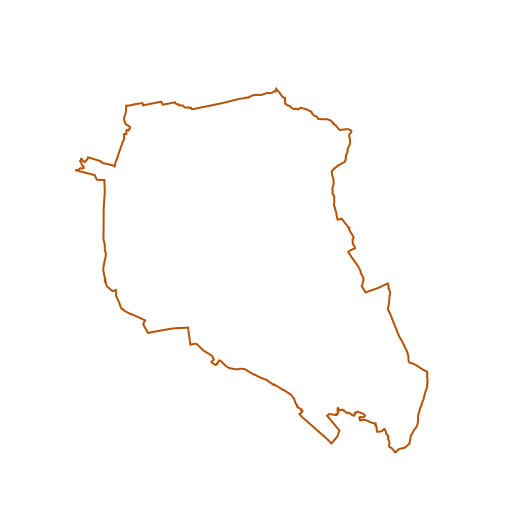 the district of Mironeasa, Iasi, Romania, rotated 192°
{"feature_id": "2599482B12728862677042", "entity_name": "Mironeasa", "entity_type": "district", "adm_level": 2, "iso_a3": "ROU", "parent_name": "Romania", "parent_adm1": "Iasi", "projection": "robinson", "projection_center": [27.412, 46.987], "detail": "fine", "context": "isolated", "style": "outline", "palette": "amber", "viewbox_px": 512, "rotation_deg": 192, "n_neighbors": 0, "source": "geoboundaries", "source_scale": "gbopen_adm2", "svg_char_len": 6071}
<svg xmlns="http://www.w3.org/2000/svg" viewBox="0 0 512 512"><g transform="rotate(192 256 256)"><path d="M320.8,398.5L348.5,386.4L349.7,386.4L350.2,387.1L350.2,387.4L350.7,387.5L352.6,387.0L353.4,387.4L354.7,386.7L356.3,386.5L357.5,387.0L358.6,388.0L362.6,387.4L363.4,388.2L364.8,387.9L366.6,388.6L367.2,389.5L378.6,384.6L380.8,387.2L397.8,379.9L398.8,381.9L405.7,379.4L412.1,376.5L414.2,376.1L413.2,370.1L413.4,366.5L413.8,364.0L413.7,362.9L413.3,361.7L411.2,358.2L410.4,357.7L406.5,356.3L405.6,355.1L406.3,354.0L406.6,352.3L408.8,352.5L408.9,351.6L408.1,348.4L408.3,348.1L410.3,347.9L410.6,347.6L410.1,346.3L409.7,344.4L409.2,343.6L410.1,339.7L411.7,327.5L412.0,323.7L412.9,318.3L412.9,314.2L414.4,314.9L425.2,315.1L426.5,315.5L427.4,316.1L427.4,316.4L439.3,317.5L440.8,317.5L441.0,315.9L441.5,314.7L442.1,314.0L442.2,313.0L443.4,312.4L444.1,312.4L445.3,313.6L447.1,314.8L447.3,314.6L447.3,313.6L447.8,312.1L446.2,310.8L445.2,308.7L443.3,307.8L442.8,306.3L443.0,305.9L443.8,305.5L445.8,305.5L446.9,304.5L447.5,303.0L449.4,302.8L450.7,302.2L449.9,302.4L430.6,301.6L429.3,299.7L427.3,297.5L420.1,298.8L417.3,287.5L414.9,271.0L409.0,242.3L409.1,241.6L406.3,235.7L405.2,230.7L403.5,227.5L403.1,225.6L402.9,223.5L403.2,220.5L402.9,218.6L403.1,217.4L402.6,210.5L401.5,208.5L400.8,206.1L398.7,202.3L398.5,201.5L399.0,201.0L398.7,200.3L397.8,199.9L397.8,199.5L398.1,199.2L397.2,198.4L395.8,195.5L389.0,191.8L387.5,192.5L386.2,193.6L385.3,191.7L384.9,189.0L384.5,187.8L380.2,182.1L378.4,178.9L376.5,176.4L375.1,176.4L374.7,175.8L373.2,175.0L366.6,173.1L366.4,173.4L351.0,170.0L352.1,166.7L351.9,165.6L351.3,164.6L347.6,160.6L346.1,158.6L345.5,158.7L345.0,158.4L344.2,158.7L344.2,159.0L324.0,167.2L318.8,168.9L307.6,171.8L301.8,155.6L297.3,157.6L295.5,157.5L288.4,152.9L279.6,149.7L277.7,148.7L275.7,145.8L277.5,143.5L277.4,142.9L277.0,142.5L272.9,141.0L271.4,142.4L271.8,142.7L270.2,146.3L267.9,145.6L262.9,142.3L259.4,140.9L252.9,140.9L250.0,141.5L248.0,142.5L243.5,143.0L233.5,139.6L232.7,139.7L227.8,138.3L219.1,136.8L218.4,136.1L214.4,134.7L211.9,133.4L211.5,134.1L202.2,130.8L200.3,130.4L194.0,128.0L192.8,127.4L189.1,124.3L186.6,120.1L185.6,119.1L184.7,118.7L184.5,118.2L184.8,117.9L184.5,117.1L183.4,116.5L182.5,116.6L181.9,116.1L179.7,115.7L179.5,115.2L179.8,114.5L178.3,114.1L178.4,113.2L180.6,110.5L178.1,108.5L148.3,91.7L143.2,88.3L139.0,96.2L138.1,102.7L153.2,114.5L152.7,114.9L152.2,116.2L151.9,116.5L150.1,116.8L144.2,117.0L143.9,117.5L144.4,118.3L143.3,118.6L143.0,119.8L143.9,120.8L143.8,121.3L144.1,121.9L144.0,122.1L144.5,123.6L144.3,124.4L143.6,124.1L142.5,122.2L139.5,123.7L138.5,123.2L137.8,123.3L137.3,122.6L134.9,121.9L134.3,121.4L133.9,121.2L132.8,121.8L132.1,121.8L129.9,120.9L129.0,120.8L128.6,120.1L126.7,120.3L126.3,122.2L126.8,122.6L126.8,123.0L126.1,123.6L125.1,123.8L124.6,124.9L118.7,124.0L116.9,123.2L116.1,122.4L117.1,120.9L118.2,120.4L120.6,120.2L121.4,119.5L120.3,117.7L120.3,117.0L119.5,116.7L118.8,117.4L117.3,118.1L114.9,118.2L112.3,118.0L108.7,117.0L107.1,117.0L105.4,116.7L104.3,117.2L103.5,115.4L104.0,115.2L103.9,114.8L102.4,113.7L102.1,113.1L102.2,111.7L101.7,111.1L101.3,109.7L100.7,109.2L96.6,110.7L94.6,113.6L94.4,113.6L92.4,111.2L92.1,110.6L92.0,109.4L90.6,108.5L88.8,106.7L89.1,106.2L88.8,105.2L89.0,104.9L86.6,101.3L86.4,99.8L86.6,98.4L86.2,97.5L85.4,96.8L83.9,96.5L83.3,96.2L80.2,93.9L79.7,93.2L79.0,93.0L78.2,93.4L77.4,95.2L75.7,97.1L71.2,99.1L70.1,100.0L66.9,104.3L67.1,106.1L67.0,109.5L67.2,110.7L67.2,112.0L65.0,119.4L64.6,119.7L63.5,122.1L63.0,125.2L63.1,127.3L64.3,134.2L64.3,136.6L63.7,137.5L64.0,139.0L63.8,141.5L63.1,144.6L63.2,146.5L62.4,150.4L62.3,154.0L62.1,154.5L62.3,155.5L62.2,157.0L61.9,159.2L62.0,159.4L61.6,160.8L61.6,162.7L61.4,162.9L61.3,164.1L62.0,165.0L61.7,167.1L62.5,168.7L62.2,169.5L62.5,171.0L63.2,172.0L63.2,173.0L63.9,174.7L63.8,175.9L64.0,176.6L64.3,176.8L64.1,177.3L64.8,178.0L64.8,178.6L65.7,178.6L69.2,179.6L77.6,182.8L80.8,183.5L82.9,183.4L84.7,184.5L85.6,187.2L85.8,188.9L87.9,193.2L96.2,203.9L99.0,206.7L113.1,227.8L115.7,230.8L116.0,231.8L116.1,237.7L117.0,244.1L117.1,248.2L118.0,249.2L118.3,250.5L118.7,251.2L119.7,251.9L119.8,253.2L121.4,256.6L129.9,250.1L141.3,243.2L146.4,248.6L146.1,250.0L145.9,254.7L146.3,256.7L148.8,259.9L150.1,261.1L150.6,263.0L154.0,267.2L162.3,274.8L166.6,279.1L164.4,281.6L160.8,284.1L161.5,285.8L163.8,287.9L164.6,290.7L164.6,291.7L165.0,292.3L164.8,292.5L164.7,293.2L164.3,293.7L164.9,295.4L170.1,300.7L170.7,302.6L170.6,302.9L171.2,302.9L172.8,304.2L173.9,305.4L174.7,305.8L180.0,310.4L180.5,309.9L183.7,308.5L185.2,311.4L186.7,315.7L187.3,316.6L188.0,317.2L188.3,318.6L188.8,319.7L189.9,321.0L190.5,322.3L190.5,325.1L191.1,326.6L191.5,329.1L192.1,330.9L192.6,331.5L193.2,331.7L193.3,332.4L194.3,333.5L194.5,334.2L194.4,334.7L194.6,335.4L194.5,335.6L195.0,336.4L194.9,337.1L195.3,337.8L195.1,343.0L196.0,346.2L196.6,348.2L197.2,348.7L199.3,353.2L199.1,355.4L197.4,358.4L196.9,358.5L195.1,360.8L194.8,361.4L189.4,365.9L188.6,367.1L188.7,367.6L188.4,368.0L188.2,368.8L188.6,369.5L188.5,370.9L188.8,371.6L188.6,371.9L188.8,372.3L188.6,373.4L188.9,374.3L188.2,375.5L188.2,377.8L188.6,378.8L188.6,379.4L187.9,383.3L187.4,384.5L187.4,385.9L188.3,389.7L189.9,392.5L190.1,393.9L189.9,394.7L188.9,396.1L188.6,397.4L188.6,397.9L189.2,398.5L191.8,399.2L195.1,398.5L199.7,396.8L200.3,396.8L201.6,397.4L205.1,400.1L205.3,400.5L206.4,400.7L208.2,401.6L208.0,402.2L208.2,402.5L210.3,403.4L211.6,404.2L215.2,404.6L218.4,403.7L223.9,403.1L224.8,404.4L225.7,405.0L228.2,405.4L231.4,407.5L231.5,407.8L231.3,408.1L231.6,408.5L237.3,410.0L242.8,410.3L243.6,410.0L245.2,408.1L247.2,408.5L248.3,408.2L248.9,407.5L251.0,408.0L253.1,409.0L253.8,409.7L255.7,410.0L256.4,409.8L258.4,410.9L259.2,411.1L259.8,412.5L259.6,413.6L260.3,415.2L260.5,416.7L261.9,416.7L263.7,417.6L266.5,420.3L270.2,422.9L270.9,423.7L271.2,422.8L271.1,421.5L271.2,421.0L272.6,420.8L273.9,419.3L274.7,418.8L277.3,417.9L278.7,418.0L283.9,414.8L288.8,413.7L292.9,412.3L295.8,410.1L296.6,409.1L298.5,409.1L299.1,408.5L300.2,408.0L305.0,406.2L320.8,398.5Z" fill="none" stroke="#b45309" stroke-width="2"/></g></svg>